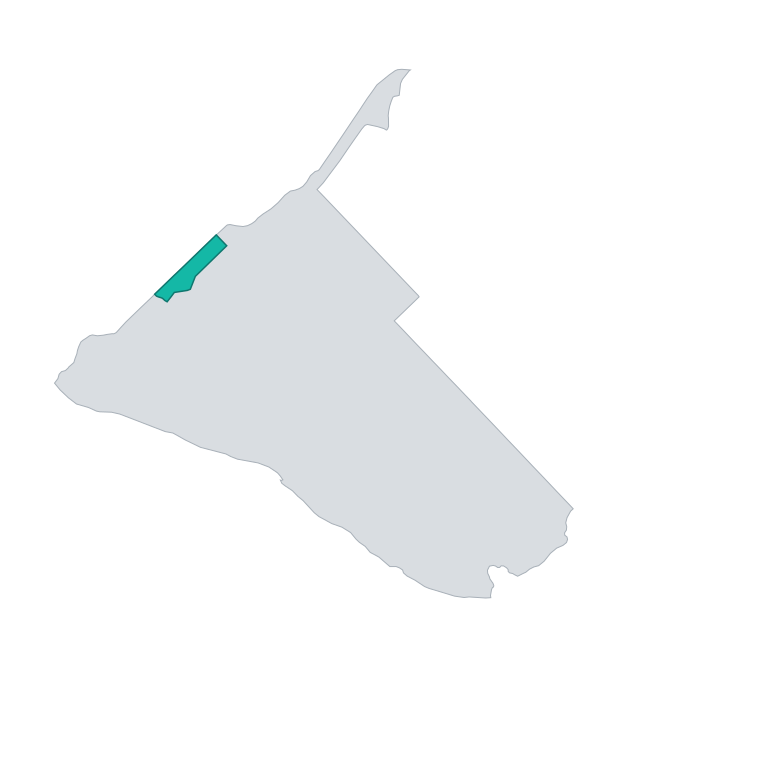 Ohangwena highlighted on a map of Namibia, rotated 316°
{"feature_id": "NAM-3352", "entity_name": "Ohangwena", "entity_type": "Region", "adm_level": 1, "iso_a3": "NAM", "parent_name": "Namibia", "parent_adm1": "", "projection": "robinson", "projection_center": [16.315, -17.652], "detail": "fine", "context": "in_parent", "style": "filled", "palette": "teal", "viewbox_px": 768, "rotation_deg": 316, "n_neighbors": 0, "source": "natural_earth", "source_scale": "10m", "svg_char_len": 3401}
<svg xmlns="http://www.w3.org/2000/svg" viewBox="0 0 768 768"><g transform="rotate(316 384 384)"><path d="M555.4,170.3L562.9,168.6L570.1,167.0L578.4,165.5L585.1,164.2L586.8,163.9L602.8,165.3L609.8,166.4L612.2,167.4L615.4,170.0L621.1,176.4L619.6,176.2L608.9,177.6L604.7,179.3L595.5,186.9L593.6,185.9L591.4,184.3L589.5,183.9L585.5,185.7L581.4,187.9L577.0,190.9L573.3,194.0L572.1,195.6L566.3,201.8L564.4,202.8L562.7,203.2L562.1,203.0L561.4,200.3L557.9,194.0L552.4,185.8L550.7,185.0L549.6,184.7L545.4,185.1L533.2,187.4L523.0,189.4L507.2,192.7L490.4,195.4L480.0,197.1L470.9,197.6L470.9,205.7L470.8,222.1L470.7,238.5L470.6,254.9L470.5,271.3L470.4,287.7L470.3,304.1L470.2,320.6L470.1,337.0L470.1,344.1L469.8,345.7L464.6,345.7L452.9,345.7L443.1,345.7L435.2,345.7L435.2,355.4L435.1,366.9L435.0,378.5L435.0,390.0L434.9,401.5L434.9,413.1L434.8,424.6L434.8,436.1L434.7,447.7L434.7,456.4L434.6,457.4L434.5,474.3L434.4,492.1L434.2,510.0L434.1,527.9L433.9,545.8L433.8,563.7L433.6,581.6L433.5,599.5L433.4,605.2L429.9,605.1L422.8,607.3L418.3,610.1L416.3,613.6L413.7,615.8L410.5,616.5L409.0,618.3L409.4,621.1L408.1,623.3L405.2,624.8L400.6,624.4L394.2,622.0L386.1,621.4L376.1,622.7L369.0,622.1L364.7,619.7L360.1,618.3L355.2,617.9L352.4,616.9L346.6,615.1L345.5,612.0L344.9,609.7L343.2,607.2L343.1,605.2L344.4,603.7L344.5,601.2L343.6,597.9L342.0,596.2L339.8,596.3L338.3,595.0L337.8,592.4L336.5,590.3L333.3,588.3L329.1,589.8L327.1,592.2L325.9,595.8L324.8,597.7L324.3,600.7L324.0,602.9L323.0,605.2L321.8,606.1L320.7,605.7L318.5,606.6L313.7,610.1L312.4,611.9L308.5,608.6L297.3,596.3L293.3,593.2L287.4,585.6L274.4,562.3L272.5,557.9L270.0,546.6L267.2,538.2L266.8,533.4L268.2,530.7L267.4,527.0L265.9,523.7L261.4,519.4L260.1,504.9L257.1,495.5L257.7,487.8L256.3,480.8L256.1,476.2L256.8,467.7L254.3,457.8L249.5,448.2L245.1,434.2L244.4,428.1L244.8,411.7L244.0,405.1L244.0,397.2L242.2,389.0L241.5,384.6L242.7,381.1L243.4,382.2L244.7,382.7L245.5,378.0L245.7,373.9L243.5,363.7L238.6,353.3L226.4,336.3L223.4,329.8L221.7,324.5L208.0,302.1L202.2,286.3L198.1,272.6L193.6,266.3L173.0,222.0L168.4,215.0L160.2,206.5L158.3,203.7L155.1,195.6L148.9,184.8L147.4,174.7L146.9,163.3L147.6,154.5L153.2,153.6L157.1,151.3L160.6,151.1L164.1,153.0L167.7,153.1L169.2,152.8L175.8,153.1L179.6,151.0L184.1,148.9L186.7,147.0L190.3,145.1L195.1,143.2L197.9,143.4L201.3,144.1L205.8,144.8L208.3,146.1L211.3,150.2L216.0,153.9L219.4,156.1L223.4,159.0L224.5,160.2L226.3,160.8L227.3,161.0L234.6,160.5L241.3,160.1L248.4,160.1L261.8,160.1L275.2,160.2L288.6,160.2L302.0,160.2L315.4,160.2L328.8,160.3L342.2,160.3L355.7,160.3L361.1,160.3L370.7,160.4L380.8,160.6L381.9,160.8L383.0,161.6L384.0,162.3L387.5,167.4L392.0,172.8L395.8,175.3L400.3,176.8L404.6,177.4L408.5,177.0L415.1,177.7L424.3,179.5L433.8,180.0L443.7,179.3L450.7,180.2L454.7,182.8L458.8,184.6L463.0,185.5L468.7,185.0L475.9,183.0L482.0,183.3L484.8,184.7L486.5,184.8L497.1,182.6L505.6,180.9L518.3,178.2L528.8,176.0L544.4,172.6L555.4,170.3Z" fill="#d9dde1" stroke="#a8b0b8" stroke-width="1"/><path d="M281.4,160.1L281.8,160.1L290.7,160.1L299.7,160.1L308.7,160.1L317.7,160.2L326.7,160.2L335.7,160.2L341.6,160.2L344.7,160.2L353.7,160.2L362.7,160.2L366.9,160.2L366.9,175.3L323.1,175.5L310.5,181.3L307.6,180.1L296.8,172.5L290.4,173.5L285.1,174.2L284.5,172.1L284.4,171.8L284.2,168.6L283.7,167.3L283.3,166.6L282.5,165.2L281.4,162.8L281.4,160.2L281.4,160.1Z" fill="#14b8a6" stroke="#0f766e" stroke-width="1.5"/></g></svg>